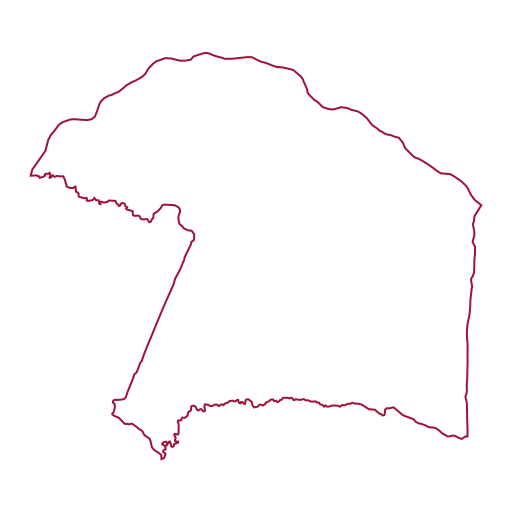 Bosobolo, Équateur, Democratic Republic of the Congo (Albers equal-area conic projection)
{"feature_id": "63176286B50098701443330", "entity_name": "Bosobolo", "entity_type": "district", "adm_level": 2, "iso_a3": "COD", "parent_name": "Democratic Republic of the Congo", "parent_adm1": "Équateur", "projection": "albers", "projection_center": [19.647, 4.521], "detail": "fine", "context": "isolated", "style": "outline", "palette": "rose", "viewbox_px": 512, "rotation_deg": 0, "n_neighbors": 0, "source": "geoboundaries", "source_scale": "gbopen_adm2", "svg_char_len": 6014}
<svg xmlns="http://www.w3.org/2000/svg" viewBox="0 0 512 512"><path d="M481.3,205.2L474.5,199.7L470.9,194.8L468.0,188.7L466.0,185.7L461.2,181.2L458.9,179.6L453.1,175.7L449.8,174.0L441.1,173.4L438.2,171.8L432.7,167.6L427.5,164.0L419.4,159.1L415.8,157.8L413.5,156.5L405.1,148.1L402.8,142.6L398.9,137.8L394.7,136.7L389.9,134.8L388.3,134.8L385.0,133.8L381.1,131.2L379.8,130.9L377.3,128.6L372.1,125.0L366.6,117.9L362.0,114.0L357.8,111.4L351.3,109.8L350.0,109.1L346.2,107.8L341.0,107.2L339.4,107.8L333.5,109.4L330.9,109.4L327.7,108.8L322.5,106.9L318.0,102.3L315.1,100.4L314.4,100.0L309.2,94.8L307.6,92.6L307.1,89.3L303.4,80.9L303.1,79.6L300.8,76.3L299.5,75.3L293.4,70.1L290.5,69.2L283.0,67.5L277.5,66.9L277.5,67.2L272.6,65.6L266.2,63.0L261.0,61.7L251.6,57.1L247.1,57.1L231.9,58.8L224.7,58.8L221.2,57.5L217.9,56.8L213.1,55.2L209.5,53.6L206.0,52.9L203.7,53.2L197.2,55.2L193.5,56.5L190.7,59.7L184.9,60.7L180.1,60.7L175.9,59.7L171.0,58.4L169.1,58.4L165.5,58.1L163.2,58.8L160.0,60.1L156.8,61.0L153.2,63.6L148.7,68.2L145.4,73.7L142.5,76.6L135.7,80.5L131.2,82.5L126.3,85.4L122.7,88.6L118.5,91.9L113.7,93.8L111.4,95.1L109.1,95.5L104.3,98.1L102.0,100.3L101.0,101.3L99.4,104.2L96.5,112.7L94.9,116.6L91.6,119.2L87.1,120.1L82.6,119.8L74.2,119.2L70.3,119.5L62.8,122.1L60.9,123.4L60.6,123.4L58.0,125.7L57.3,126.9L54.1,131.2L51.2,134.4L48.2,139.9L46.9,145.1L45.3,151.0L40.1,158.5L32.3,169.5L30.7,175.7L37.0,175.4L38.0,176.4L39.4,176.4L39.8,177.8L43.1,176.9L45.1,175.5L44.9,174.3L46.4,173.7L48.2,173.9L49.6,172.8L50.5,174.6L49.6,177.7L50.5,177.8L52.9,175.3L54.5,176.9L57.0,175.9L60.3,176.4L63.2,176.3L65.1,180.1L65.6,182.9L66.4,184.3L66.5,186.5L70.0,187.9L73.2,188.1L74.7,186.7L75.5,186.5L76.0,191.8L77.6,192.4L78.7,194.0L78.6,196.1L79.1,196.8L84.3,198.3L86.5,197.9L86.8,198.4L87.0,198.9L86.7,200.2L87.6,201.0L92.7,200.1L94.4,197.9L96.0,200.2L98.6,200.3L99.5,204.0L100.4,204.2L100.4,202.2L100.7,201.7L102.1,201.8L103.3,202.5L104.7,202.4L107.3,201.9L108.9,200.5L115.5,200.9L116.1,202.4L116.3,203.1L117.7,204.2L118.6,205.8L119.6,206.0L120.2,205.4L120.6,203.9L122.8,202.9L124.7,203.8L125.4,206.2L127.2,207.2L126.1,208.7L126.9,209.5L132.5,211.1L133.1,215.3L134.4,215.8L138.4,215.6L139.8,216.5L140.8,218.8L142.1,219.4L147.2,219.1L149.2,222.2L150.8,221.7L151.9,219.3L153.2,218.1L153.7,213.7L157.2,211.7L160.7,208.1L162.5,205.1L164.5,204.6L174.7,205.2L178.6,207.4L180.0,209.8L180.0,212.3L178.8,214.8L178.3,217.8L179.1,222.9L179.7,224.2L182.6,226.5L183.1,227.7L185.3,229.1L188.7,230.5L191.1,230.6L192.1,231.3L194.2,234.5L194.1,239.1L193.5,240.4L191.4,241.9L190.9,244.4L184.7,257.1L184.1,260.0L182.4,263.9L180.6,268.5L175.0,279.0L174.4,281.4L173.3,285.0L166.3,300.5L161.8,311.0L154.5,328.6L150.7,338.0L148.0,344.2L143.5,355.7L141.7,361.2L140.2,362.9L139.9,363.5L139.3,365.4L138.3,367.9L137.1,371.3L135.8,373.3L134.4,374.1L132.8,379.2L127.7,391.5L126.8,394.3L125.7,397.5L124.1,399.0L122.1,399.5L119.3,399.8L117.3,399.9L116.0,399.9L114.3,399.9L113.3,400.7L112.9,401.5L113.0,402.6L114.5,403.9L114.9,406.8L114.7,408.4L113.5,412.4L112.2,413.6L112.4,414.5L114.5,416.0L118.9,417.8L124.9,424.0L127.0,423.8L128.8,424.3L132.0,423.6L137.8,427.8L138.2,428.3L139.1,429.3L140.7,429.8L142.6,431.5L144.0,434.5L145.3,435.8L149.5,438.6L150.4,440.6L151.9,447.2L154.2,450.0L160.5,454.2L161.3,455.4L161.5,459.1L164.0,458.1L165.5,454.6L165.3,453.5L163.0,451.7L163.6,450.2L165.7,449.2L165.2,447.5L165.9,446.1L165.7,445.5L163.7,445.4L163.2,445.0L162.4,444.5L162.3,443.4L164.1,441.9L166.1,441.7L166.7,442.2L167.3,444.4L169.3,441.6L170.1,441.6L171.4,446.5L172.6,446.9L173.7,446.2L173.9,444.3L178.1,442.5L178.1,441.6L175.1,441.3L174.8,440.4L175.7,437.7L174.2,434.9L174.7,433.9L175.6,434.0L177.8,434.6L178.5,433.6L178.7,424.3L177.7,421.4L178.0,420.9L178.3,420.4L180.0,420.6L181.4,420.0L181.7,418.3L182.2,417.6L185.0,417.8L187.6,415.5L187.9,413.0L188.9,411.6L190.3,411.0L191.0,410.1L191.2,406.7L191.9,405.9L193.3,405.6L195.3,406.5L197.5,410.2L198.7,410.4L200.3,409.1L201.2,409.1L203.2,411.2L204.4,411.4L204.8,411.1L205.0,410.0L204.3,406.6L204.9,404.4L207.7,404.6L210.4,406.1L212.5,406.0L214.4,404.7L217.0,404.6L218.3,405.9L219.3,406.0L220.4,404.7L221.9,404.4L223.4,405.2L224.7,403.7L228.1,402.5L229.6,401.0L230.4,401.0L232.8,400.6L234.4,401.5L235.9,401.0L237.3,399.8L238.2,399.9L238.6,402.0L240.1,403.4L240.6,403.3L240.6,402.4L241.2,401.9L242.3,402.1L244.2,403.8L245.1,403.8L245.6,400.2L246.9,399.3L248.6,399.4L251.3,401.5L251.9,402.5L252.4,405.1L254.1,407.4L257.8,406.6L258.2,406.2L259.5,404.6L262.1,405.0L263.0,405.6L265.5,403.8L265.9,402.5L269.0,401.3L270.6,399.7L272.9,399.4L274.1,401.0L276.0,400.7L277.3,402.1L278.5,401.8L279.8,400.2L281.7,399.7L283.1,397.8L288.1,397.8L289.6,398.5L290.4,397.8L291.9,397.9L293.4,399.9L294.5,400.1L295.2,399.3L300.8,399.9L302.7,399.2L304.1,399.2L305.8,400.4L308.0,400.3L311.3,401.7L315.8,401.4L317.0,402.5L318.9,402.6L319.9,404.2L322.3,404.9L324.0,406.6L325.2,405.4L325.8,405.6L326.6,406.6L329.2,406.5L332.2,405.5L338.1,405.7L339.4,406.6L340.3,406.6L342.0,405.1L344.9,405.3L347.6,403.8L350.2,403.8L352.1,402.8L355.0,403.6L358.6,403.7L361.5,404.5L368.9,409.2L372.5,409.5L374.8,409.7L379.3,413.6L380.7,413.8L382.7,415.5L384.4,414.9L384.9,413.1L384.9,409.9L386.7,408.2L389.0,408.4L393.3,407.3L394.4,408.1L403.1,415.3L413.5,419.2L415.8,421.8L418.6,423.4L420.7,423.7L424.9,425.1L428.7,427.2L433.7,427.6L435.1,427.9L438.7,430.1L441.1,432.3L442.2,433.3L447.5,436.3L448.8,436.5L452.2,435.6L454.6,435.7L458.9,438.0L461.8,438.9L465.6,436.4L467.4,436.5L467.6,431.2L467.3,423.4L467.1,418.1L467.1,415.3L467.0,409.4L466.9,403.5L465.4,396.4L466.2,394.6L466.9,391.7L466.7,384.5L467.1,380.5L467.3,376.4L467.3,372.7L467.6,361.2L467.5,359.2L467.6,343.9L467.1,339.8L466.9,334.8L466.9,330.8L467.1,328.4L467.5,324.2L468.4,319.8L469.3,316.0L469.7,312.3L470.2,306.7L470.4,300.3L471.7,288.5L472.2,286.9L471.0,279.8L471.5,277.8L472.5,276.8L474.0,272.7L474.2,269.9L474.4,259.3L475.0,253.4L475.0,250.1L474.9,246.5L472.6,241.9L473.4,238.7L474.4,234.9L474.3,231.3L472.8,224.2L473.9,221.5L474.5,216.2L481.3,205.2Z" fill="none" stroke="#9f1239" stroke-width="2"/></svg>